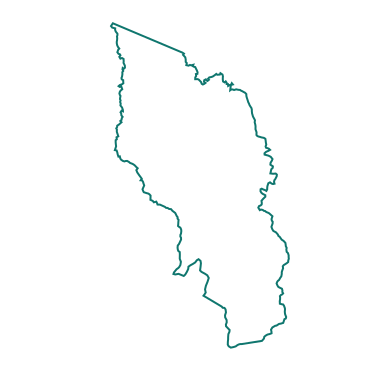 Itapirapuã, Goiás, Brazil (Robinson projection), rotated 18°
{"feature_id": "56859067B49967436038382", "entity_name": "Itapirapuã", "entity_type": "district", "adm_level": 2, "iso_a3": "BRA", "parent_name": "Brazil", "parent_adm1": "Goiás", "projection": "robinson", "projection_center": [-50.766, -15.739], "detail": "fine", "context": "isolated", "style": "outline", "palette": "teal", "viewbox_px": 384, "rotation_deg": 18, "n_neighbors": 0, "source": "geoboundaries", "source_scale": "gbopen_adm2", "svg_char_len": 5724}
<svg xmlns="http://www.w3.org/2000/svg" viewBox="0 0 384 384"><g transform="rotate(18 192 192)"><path d="M64.6,56.0L63.7,59.2L65.3,60.3L68.4,60.1L68.7,61.4L69.8,62.9L70.8,63.6L72.1,64.4L72.6,65.7L72.6,67.3L73.3,68.7L73.8,70.7L74.0,72.3L74.5,73.8L75.6,75.7L76.9,77.0L78.5,78.1L77.9,79.3L77.8,82.1L79.4,83.3L80.8,83.3L81.7,84.1L81.1,85.9L82.7,87.3L84.0,86.2L85.8,86.6L86.6,88.7L87.0,90.4L88.1,91.5L89.1,92.6L89.8,94.5L89.0,95.9L87.8,95.5L88.0,96.9L89.2,98.1L88.7,99.6L89.4,101.4L89.8,103.9L89.7,105.4L90.4,106.6L92.0,106.9L92.6,108.6L93.1,109.8L92.3,111.0L90.3,112.6L89.5,114.0L90.8,114.4L92.2,113.6L93.9,115.8L92.8,117.6L92.4,119.0L92.5,120.7L93.4,122.0L94.3,122.7L94.5,124.2L94.8,125.9L95.8,127.0L95.8,128.6L96.8,129.8L97.2,131.8L99.4,133.3L100.9,135.3L101.4,136.6L99.9,136.5L99.4,138.3L100.3,139.0L101.2,141.0L102.8,142.0L102.4,143.5L102.7,145.2L101.9,146.6L103.4,147.4L101.7,150.4L100.4,152.0L100.7,153.4L100.3,154.9L101.2,155.7L101.9,158.0L103.3,159.9L104.7,161.8L103.3,163.3L104.2,165.1L103.4,166.3L104.0,168.2L104.8,170.1L105.7,172.0L105.7,174.1L105.7,176.0L107.5,175.8L108.7,177.4L109.7,179.2L111.1,181.1L112.3,180.4L113.5,182.3L114.4,183.1L116.6,183.8L118.3,183.8L119.4,183.0L120.7,182.5L122.7,182.9L124.1,183.5L126.3,183.6L127.6,183.8L129.2,184.3L131.6,185.6L133.0,186.2L132.3,188.4L133.9,190.3L136.8,192.5L138.5,193.7L140.1,194.9L139.6,196.7L141.0,196.4L142.4,197.6L143.3,199.0L144.5,200.5L144.1,204.7L145.1,206.0L146.2,207.1L149.1,207.1L151.1,207.0L152.3,207.4L153.7,208.2L154.9,212.3L157.4,212.6L158.9,213.6L161.0,212.2L162.2,213.4L163.1,214.6L165.3,213.9L168.0,214.2L170.8,214.5L172.3,215.1L173.7,214.7L175.4,215.2L177.4,214.8L179.1,215.9L182.5,217.1L183.6,218.2L184.8,219.5L186.1,220.4L186.5,221.8L187.8,222.6L188.4,225.2L188.9,227.0L189.2,228.6L190.3,229.1L191.9,229.5L193.2,230.9L193.9,232.4L194.4,235.0L194.2,236.3L194.7,238.0L195.7,238.9L196.3,240.6L195.7,245.5L195.0,247.3L195.5,249.5L196.4,251.3L197.2,252.3L198.9,252.9L199.8,255.4L201.0,259.3L203.0,261.8L203.5,265.0L203.0,267.4L202.4,268.6L201.2,270.2L199.7,274.1L199.7,275.7L201.6,275.6L204.5,274.0L210.1,274.4L211.1,272.6L211.8,269.5L212.2,266.4L211.7,264.1L213.2,262.1L215.1,260.1L216.8,258.0L217.7,255.4L219.0,253.9L221.4,254.9L222.5,257.0L223.3,260.8L223.9,264.1L225.6,265.0L227.7,265.4L229.4,265.7L232.3,266.5L234.5,268.6L234.5,272.8L234.2,276.8L234.5,280.6L236.1,283.4L235.6,285.3L235.0,287.1L255.7,291.8L256.9,292.6L258.7,292.2L260.2,293.3L261.5,296.0L261.5,299.0L262.3,301.0L264.5,303.1L265.3,305.3L265.2,307.6L265.9,309.2L270.4,311.6L270.8,313.4L270.5,315.9L271.2,318.8L271.9,321.0L272.4,323.4L273.2,326.1L274.6,327.4L277.0,328.0L279.3,326.7L281.3,325.3L282.5,323.6L283.5,322.6L284.7,321.8L286.2,321.3L304.5,312.0L305.7,309.2L305.5,307.3L306.4,305.9L307.3,304.8L308.2,304.0L309.6,303.2L311.3,301.8L310.8,300.4L309.7,298.5L310.3,296.0L311.7,294.4L312.5,293.5L313.7,292.9L315.5,290.6L317.2,289.7L319.2,288.3L319.2,286.6L319.2,284.4L320.3,283.3L320.2,281.8L318.5,279.7L317.8,278.5L317.2,277.0L316.8,275.2L316.3,273.9L314.6,271.7L313.4,270.8L312.2,271.0L310.1,271.1L309.2,268.7L308.9,266.7L308.4,265.1L307.8,263.9L308.4,262.5L309.5,261.4L310.0,260.2L308.8,259.2L308.4,257.6L307.4,256.2L304.4,255.8L303.1,255.4L301.6,253.9L300.7,252.8L300.8,251.1L301.2,249.9L302.0,248.7L302.4,246.6L303.0,244.6L302.7,242.2L302.1,240.4L302.1,238.4L302.2,236.4L301.3,234.6L301.8,233.2L302.9,231.9L304.2,230.3L305.1,228.9L304.7,227.3L304.7,225.6L304.0,224.0L303.5,222.4L302.2,220.5L300.5,219.6L299.5,217.5L299.3,215.9L298.0,214.6L297.2,212.8L296.5,211.5L294.2,210.2L292.0,209.6L290.8,208.7L289.2,207.5L287.8,207.1L286.8,205.9L284.3,204.4L281.4,203.9L279.8,202.5L278.3,200.6L278.4,197.1L277.9,195.3L276.8,194.6L276.0,193.2L276.0,190.2L273.5,189.1L271.9,188.4L270.7,188.2L268.9,188.1L267.3,187.5L266.2,187.7L264.8,187.2L263.0,187.4L262.1,188.3L259.9,186.4L260.1,184.7L261.4,183.6L262.1,182.4L261.8,180.9L260.8,178.9L261.7,176.7L263.2,173.8L262.7,172.4L259.7,171.9L258.1,171.2L256.9,170.1L256.4,168.2L257.3,167.3L259.2,167.6L260.7,167.6L262.4,168.0L262.7,166.3L262.3,165.0L261.9,163.2L261.9,160.1L263.2,158.7L265.1,159.4L266.6,159.4L267.9,158.6L266.9,157.1L266.7,155.3L267.2,154.1L267.7,150.8L267.3,149.2L265.9,148.6L264.7,149.1L263.5,149.6L260.8,150.1L260.4,145.9L261.3,144.1L261.0,142.6L258.1,141.8L257.7,139.9L258.3,137.5L258.4,135.8L256.0,134.2L253.5,133.8L251.6,133.9L249.5,134.0L249.0,132.8L249.9,131.1L250.9,130.1L251.9,129.3L253.2,127.8L251.7,127.1L250.6,127.0L248.7,127.0L247.9,125.9L248.0,124.0L247.0,122.2L245.9,119.8L245.3,118.7L243.6,118.3L241.2,118.6L239.4,118.6L238.3,118.7L236.9,118.6L235.7,117.9L234.9,115.2L233.0,112.7L232.1,109.8L231.3,108.2L230.1,106.4L229.7,104.3L228.3,102.9L227.3,102.0L226.4,101.0L225.7,99.9L224.9,98.8L223.9,96.6L223.5,95.3L222.6,93.8L221.3,92.8L219.8,91.5L218.8,90.2L217.9,89.4L216.7,87.7L214.8,85.1L214.0,83.8L213.4,82.1L211.8,81.2L210.0,80.9L208.7,80.6L207.5,80.5L206.1,80.1L204.4,80.5L202.3,80.7L200.5,82.0L199.0,81.9L197.7,82.3L196.9,83.4L196.4,80.9L195.9,78.2L194.6,78.7L193.6,79.9L192.9,78.3L191.6,78.6L191.2,77.4L189.9,76.4L189.2,77.7L187.4,77.3L186.6,75.7L186.0,73.9L185.7,72.5L184.7,70.9L182.3,70.2L182.2,71.7L181.0,72.2L179.7,72.7L178.6,72.2L177.5,73.9L176.0,75.8L174.8,76.7L173.0,77.7L172.3,79.3L173.4,80.0L172.4,81.6L171.3,81.4L170.3,80.6L169.1,81.9L169.3,83.5L171.1,84.1L170.2,85.4L169.1,86.4L167.8,86.1L166.6,84.6L163.8,83.1L162.6,82.9L160.2,83.7L159.7,82.0L160.1,80.4L159.3,78.6L160.6,78.0L160.3,76.4L159.0,74.8L157.6,73.4L156.5,72.2L155.3,72.3L153.8,72.0L153.9,70.6L152.0,71.8L150.8,71.8L149.7,72.9L147.4,73.1L147.2,71.0L145.8,70.2L145.1,68.0L144.0,66.0L142.3,65.0L141.1,64.3L141.6,62.9L139.8,62.4L64.6,56.0ZM195.9,78.2L197.6,77.1L196.2,76.2L195.9,78.2Z" fill="none" stroke="#0f766e" stroke-width="2"/></g></svg>